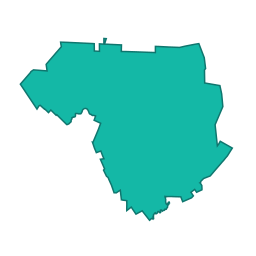 outline of Cruillas, Tamaulipas, Mexico, rotated 172°
{"feature_id": "50627088B28720868594108", "entity_name": "Cruillas", "entity_type": "district", "adm_level": 2, "iso_a3": "MEX", "parent_name": "Mexico", "parent_adm1": "Tamaulipas", "projection": "robinson", "projection_center": [-98.359, 24.655], "detail": "fine", "context": "isolated", "style": "filled", "palette": "teal", "viewbox_px": 256, "rotation_deg": 172, "n_neighbors": 0, "source": "geoboundaries", "source_scale": "gbopen_adm2", "svg_char_len": 4928}
<svg xmlns="http://www.w3.org/2000/svg" viewBox="0 0 256 256"><g transform="rotate(172 128 128)"><path d="M27.5,93.6L38.5,102.0L40.4,99.5L42.0,97.9L41.3,119.1L39.4,122.3L31.1,136.0L30.5,148.7L31.1,157.2L44.5,161.5L45.8,161.9L44.2,174.7L44.0,175.1L42.9,176.0L42.7,187.0L46.1,201.7L50.4,201.6L59.9,201.1L65.7,200.6L76.3,202.5L82.0,203.6L86.1,204.4L89.5,205.0L90.4,198.9L95.6,199.8L107.4,201.9L119.5,204.0L124.0,204.7L122.9,211.2L125.7,211.7L128.8,212.3L134.7,213.4L135.6,213.6L137.8,214.0L139.6,214.3L137.1,219.5L139.4,220.0L140.2,214.4L144.6,215.3L145.6,207.9L150.6,208.9L150.5,209.9L149.7,216.2L150.0,216.3L177.6,221.5L177.8,221.5L179.4,221.8L182.8,222.4L182.8,220.6L182.7,217.8L183.0,217.5L187.1,213.9L188.9,212.4L191.1,210.4L196.2,206.0L200.2,202.4L200.2,195.8L213.5,198.7L215.6,197.7L216.3,197.3L216.9,196.5L228.5,186.4L222.4,173.7L215.5,159.4L213.1,162.3L211.8,162.7L208.2,158.4L208.0,158.6L206.2,156.4L204.6,154.3L201.9,156.5L197.4,150.6L196.7,151.1L188.2,139.9L187.7,139.9L187.4,139.9L187.3,140.0L187.0,140.0L186.7,140.1L186.2,140.3L185.9,140.4L185.9,140.5L185.5,140.7L185.3,140.8L185.2,140.9L184.9,141.1L184.8,141.3L184.4,141.5L183.9,141.8L183.6,142.0L183.5,142.3L183.4,142.4L183.4,142.5L183.5,142.8L183.4,143.1L183.3,143.3L183.0,143.9L182.9,144.1L182.8,144.3L182.7,144.4L182.5,144.6L182.3,144.9L182.2,145.1L182.2,145.3L182.1,145.5L182.1,145.9L181.8,146.0L181.6,146.2L180.9,146.3L180.7,146.3L180.3,146.3L180.2,146.4L180.2,146.5L179.9,146.5L179.7,146.5L179.6,146.4L179.3,146.4L179.2,146.4L179.0,146.5L178.9,146.5L178.7,146.7L178.7,146.8L178.5,147.0L178.3,147.3L178.3,147.5L178.3,148.1L178.2,148.6L178.2,149.0L178.1,149.4L178.0,149.5L177.9,149.5L177.6,149.7L177.4,149.7L177.0,149.5L176.7,149.4L176.4,149.3L176.2,149.3L175.6,149.3L175.0,149.0L174.9,148.9L174.6,148.7L174.4,148.7L174.2,148.8L173.9,148.9L173.7,148.9L173.4,148.8L173.2,148.7L172.9,148.6L172.7,148.7L172.5,148.8L172.4,149.0L172.2,149.2L172.1,149.4L172.0,149.5L171.9,149.6L171.7,149.7L171.7,149.8L171.6,150.0L171.4,150.4L171.3,150.5L171.2,150.6L171.1,150.8L171.0,151.0L170.8,151.4L170.7,151.7L170.7,151.9L170.4,152.2L170.1,152.5L169.8,152.7L169.6,152.8L169.1,153.1L168.6,153.3L168.1,153.3L167.3,153.3L167.1,153.2L166.7,153.1L166.4,152.9L165.7,152.3L165.6,151.8L165.4,151.6L165.1,151.2L165.0,150.9L164.9,150.4L164.5,148.8L164.4,148.5L164.4,148.1L164.3,147.9L164.2,147.7L164.1,147.4L163.9,147.2L163.7,147.1L163.3,146.8L163.2,146.8L163.1,146.7L162.9,146.6L162.6,146.6L162.4,146.4L162.4,146.2L162.2,145.9L161.9,145.8L161.8,145.7L161.6,145.5L161.4,145.3L161.0,145.3L160.8,145.3L160.7,145.3L160.3,145.3L160.2,145.3L160.0,145.2L159.9,145.1L159.7,145.0L159.0,144.7L158.8,144.7L158.7,144.6L158.4,144.4L160.5,140.4L154.4,136.5L157.6,130.6L159.8,126.9L160.8,125.2L164.7,118.7L165.2,118.9L164.9,117.5L164.0,112.6L163.3,110.1L162.8,108.0L158.1,109.0L157.2,104.9L156.9,103.7L156.1,100.9L159.7,100.9L157.0,91.2L156.9,90.8L158.1,89.7L156.0,83.2L154.6,81.8L154.1,79.7L152.3,73.5L150.8,65.8L150.6,65.8L148.7,65.4L144.3,67.5L144.3,66.1L144.4,63.5L144.5,57.9L144.2,58.0L143.5,57.4L139.6,56.3L139.3,56.2L139.4,55.8L139.8,52.5L140.5,48.2L140.7,46.4L138.6,47.6L135.8,49.2L132.8,43.0L132.1,41.6L125.5,44.0L119.5,33.6L118.4,34.3L118.1,34.6L117.4,35.1L116.7,35.1L116.7,34.9L116.6,34.7L116.3,34.6L115.9,34.6L115.8,34.4L115.6,34.6L115.4,35.1L115.2,35.0L115.1,35.4L115.2,35.5L115.3,35.5L115.5,35.5L115.6,36.2L115.6,36.3L115.6,36.6L115.5,36.8L115.4,36.8L115.2,36.8L114.9,37.2L114.9,37.6L115.0,37.7L115.0,37.9L114.9,38.1L114.9,38.3L114.8,38.6L114.6,38.7L114.3,39.0L114.0,39.3L113.7,39.6L113.2,40.1L112.9,40.2L112.9,39.8L112.7,39.4L112.5,39.2L112.2,39.1L111.9,39.3L111.7,39.4L111.3,39.4L111.2,39.5L110.6,40.0L110.0,41.1L109.6,41.1L109.2,40.8L108.9,40.7L108.6,40.4L108.6,40.2L108.6,39.9L108.1,39.6L107.7,39.7L107.3,40.1L107.2,40.6L107.1,41.3L107.3,41.5L107.4,41.8L107.4,42.1L107.2,42.2L106.9,42.2L106.5,42.2L106.4,42.1L106.2,42.0L106.1,41.9L106.0,41.5L105.8,41.3L105.7,41.2L105.5,40.9L105.1,41.1L104.9,41.3L104.4,41.5L104.0,41.5L103.9,41.4L103.6,41.4L103.1,41.7L103.1,42.1L102.9,42.4L102.7,42.5L102.5,42.4L102.3,42.3L101.8,42.3L101.5,42.2L101.3,42.3L101.2,42.6L101.0,42.9L100.9,43.1L100.7,43.2L100.5,43.4L100.2,43.7L100.0,43.8L99.9,44.0L99.8,44.6L99.7,44.9L99.6,45.1L99.6,45.5L99.6,46.2L99.1,46.2L98.9,46.2L98.7,46.4L98.5,46.5L98.4,46.7L98.5,46.8L98.4,46.9L98.2,46.9L97.9,47.5L97.7,47.9L97.5,48.2L97.4,48.2L97.5,48.9L98.3,48.9L98.5,48.7L98.6,48.3L99.1,47.7L99.9,46.7L100.5,47.2L100.7,47.5L100.8,48.3L101.0,48.5L100.9,49.4L101.0,49.9L100.6,51.9L100.7,52.7L100.7,53.4L100.7,53.7L100.9,54.3L101.0,54.5L100.8,54.7L100.8,55.1L99.7,54.7L99.7,54.8L94.0,54.0L91.9,53.6L85.3,52.5L84.1,47.4L74.8,50.0L72.7,51.7L74.6,55.6L70.5,57.9L69.0,54.8L63.4,56.5L63.2,57.6L62.9,60.8L64.1,63.5L64.4,63.7L63.6,64.1L63.4,65.0L60.1,67.5L59.2,67.7L55.4,68.6L53.5,69.0L53.1,69.2L48.5,73.3L41.3,79.6L39.4,81.3L37.9,82.5L35.7,84.6L33.5,86.5L29.8,90.9L27.5,93.6Z" fill="#14b8a6" stroke="#0f766e" stroke-width="1.5"/></g></svg>